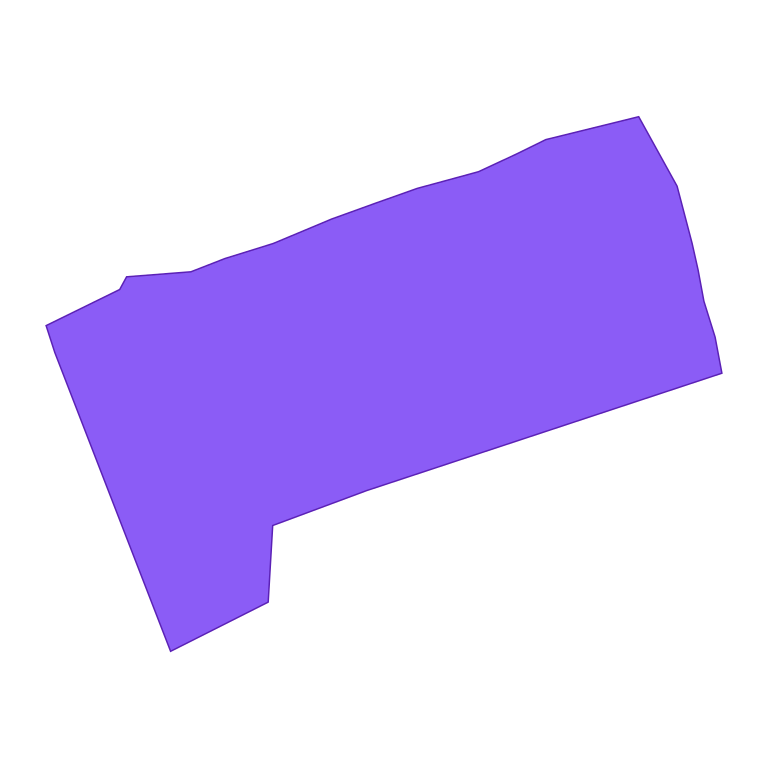 Tumaseu, Tuvalu (orthographic projection)
{"feature_id": "33948139B75892049878834", "entity_name": "Tumaseu", "entity_type": "district", "adm_level": 2, "iso_a3": "TUV", "parent_name": "Tuvalu", "parent_adm1": "", "projection": "orthographic", "projection_center": [178.68, -7.489], "detail": "fine", "context": "isolated", "style": "filled", "palette": "violet", "viewbox_px": 768, "rotation_deg": 0, "n_neighbors": 0, "source": "geoboundaries", "source_scale": "gbopen_adm2", "svg_char_len": 442}
<svg xmlns="http://www.w3.org/2000/svg" viewBox="0 0 768 768"><path d="M721.9,373.2L715.1,337.1L703.9,301.2L698.1,270.0L692.1,243.3L677.1,186.2L638.7,116.7L545.8,139.6L516.3,154.1L478.5,171.7L417.2,188.4L376.3,202.9L331.7,219.0L291.6,235.8L273.2,243.5L225.0,258.5L190.9,271.8L126.6,276.8L119.7,289.5L46.1,325.6L54.8,352.5L170.6,651.3L268.2,602.1L272.7,525.5L366.6,490.6L721.9,373.2Z" fill="#8b5cf6" stroke="#5b21b6" stroke-width="1.5"/></svg>